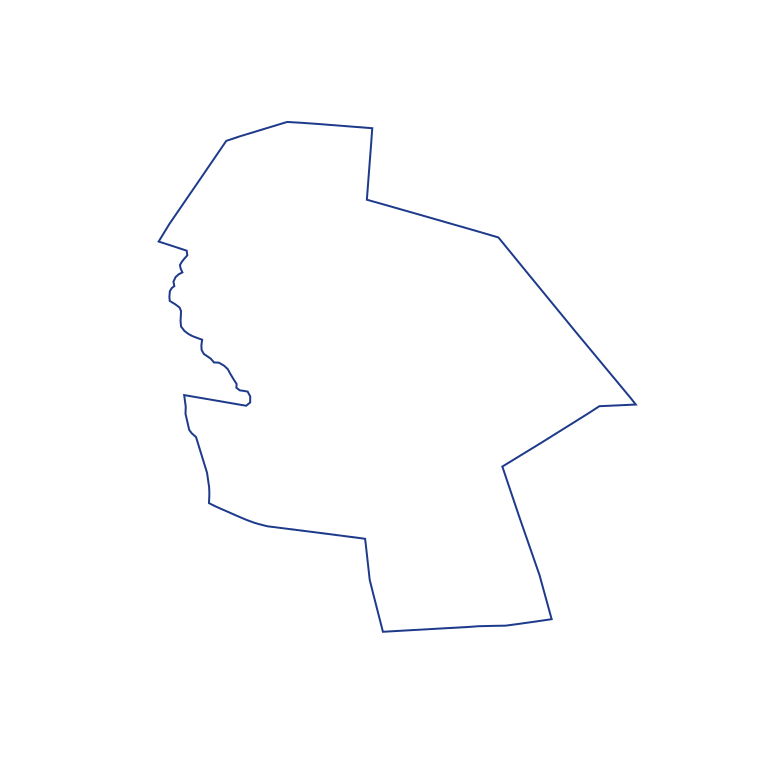 Embakasi East, Nairobi, Kenya, rotated 302°
{"feature_id": "3690345B74983117878970", "entity_name": "Embakasi East", "entity_type": "district", "adm_level": 2, "iso_a3": "KEN", "parent_name": "Kenya", "parent_adm1": "Nairobi", "projection": "equal_earth", "projection_center": [36.924, -1.309], "detail": "fine", "context": "isolated", "style": "outline", "palette": "blue", "viewbox_px": 768, "rotation_deg": 302, "n_neighbors": 0, "source": "geoboundaries", "source_scale": "gbopen_adm2", "svg_char_len": 1438}
<svg xmlns="http://www.w3.org/2000/svg" viewBox="0 0 768 768"><g transform="rotate(302 384 384)"><path d="M253.5,231.5L241.8,243.2L240.3,247.1L239.4,252.7L214.9,281.0L203.8,290.4L199.1,293.6L196.1,295.4L190.2,298.7L190.9,305.7L191.8,312.2L194.2,328.8L195.0,333.8L195.9,339.5L197.6,347.5L198.8,351.9L201.5,360.4L227.2,416.1L240.5,445.1L242.7,450.0L237.6,454.1L210.3,475.7L200.0,486.4L173.3,514.4L187.6,534.6L222.6,584.2L228.6,592.4L237.3,605.6L243.5,615.2L251.8,625.2L262.6,638.1L273.4,650.8L304.3,617.2L343.2,568.9L376.7,528.1L418.1,548.8L466.9,572.6L479.3,578.4L489.7,593.5L500.0,608.4L502.6,601.2L529.7,519.2L554.4,446.1L568.9,403.4L563.4,383.7L542.9,312.2L541.0,305.6L531.2,271.8L571.9,250.5L581.1,245.7L594.7,238.5L570.1,191.3L562.1,176.2L554.9,163.0L518.0,130.8L506.6,121.4L460.3,119.5L406.0,117.2L385.4,117.4L392.5,146.0L388.9,149.0L384.1,148.2L380.6,147.8L376.8,147.9L374.2,150.3L371.8,153.9L368.1,151.7L364.2,150.6L359.2,151.2L355.9,154.3L353.0,153.2L349.3,153.2L344.2,155.8L340.9,158.3L341.0,164.5L340.5,170.2L338.3,173.2L333.8,175.8L329.9,177.9L325.2,181.4L323.2,186.8L322.8,191.9L323.1,196.2L324.2,201.8L325.2,206.3L320.1,208.6L316.2,211.3L314.0,215.3L313.7,223.6L312.2,228.4L314.6,232.7L314.8,238.6L313.8,243.7L311.6,247.5L308.5,253.5L305.9,259.0L302.6,260.8L302.2,265.1L303.8,268.6L305.3,272.4L302.6,277.1L297.4,280.3L292.5,278.6L268.7,220.4L259.8,227.8L253.5,231.5Z" fill="none" stroke="#1e3a8a" stroke-width="2"/></g></svg>